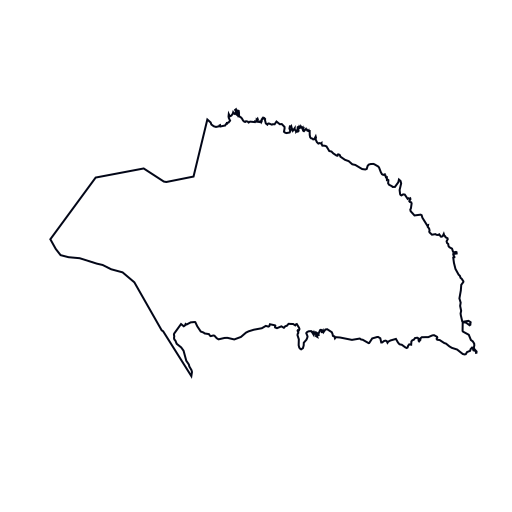 outline of Djando, Moûhîlî, Comoros, rotated 346°
{"feature_id": "10938185B42418571168375", "entity_name": "Djando", "entity_type": "district", "adm_level": 2, "iso_a3": "COM", "parent_name": "Comoros", "parent_adm1": "Moûhîlî", "projection": "equal_earth", "projection_center": [43.833, -12.356], "detail": "fine", "context": "isolated", "style": "outline", "palette": "ink", "viewbox_px": 512, "rotation_deg": 346, "n_neighbors": 0, "source": "geoboundaries", "source_scale": "gbopen_adm2", "svg_char_len": 6160}
<svg xmlns="http://www.w3.org/2000/svg" viewBox="0 0 512 512"><g transform="rotate(346 256 256)"><path d="M164.2,356.9L165.8,353.1L165.8,351.2L164.6,347.1L164.6,345.1L163.0,340.7L162.8,330.4L161.3,326.6L157.8,322.0L157.3,318.6L156.6,317.3L156.6,315.8L157.3,314.0L157.3,312.6L157.8,311.5L166.8,303.9L168.9,306.7L170.4,306.1L171.3,304.9L172.1,305.7L176.6,304.6L180.4,305.2L181.1,305.5L182.0,310.0L184.1,315.9L186.6,317.6L187.4,318.7L191.4,320.4L192.1,322.2L192.7,322.8L195.4,322.8L196.4,323.3L198.0,326.3L199.5,327.8L205.7,327.9L208.5,328.5L214.7,331.7L221.8,330.9L227.8,327.9L230.6,327.3L236.1,327.0L244.2,327.5L248.6,326.2L250.9,327.5L251.9,327.3L253.0,325.6L257.7,327.9L257.9,328.3L257.2,329.6L257.3,330.0L258.9,331.1L263.6,330.4L265.7,332.4L267.5,331.2L269.0,331.2L271.2,329.7L275.6,331.0L277.3,332.8L278.2,332.0L279.1,331.9L280.4,336.0L280.5,337.4L279.6,338.6L278.7,338.1L278.3,338.5L278.5,340.8L277.5,341.8L277.1,342.9L277.4,347.2L275.8,352.9L275.8,355.3L276.3,356.5L277.2,357.5L279.2,356.8L280.6,354.4L281.4,351.7L284.7,349.4L285.9,347.8L286.5,346.7L286.5,345.8L286.1,343.0L287.3,342.1L288.9,341.8L291.3,342.2L292.0,343.8L292.5,343.3L293.0,343.7L292.6,345.6L292.9,346.5L294.0,344.3L294.3,345.3L295.1,344.8L295.3,347.0L294.9,348.3L295.9,349.3L295.9,346.5L296.4,345.3L296.9,345.8L297.3,347.8L297.7,347.8L297.7,346.1L298.2,346.1L300.3,343.4L301.1,343.3L301.6,343.7L301.4,345.8L301.8,345.9L303.0,344.6L303.1,346.2L305.6,344.1L307.4,344.3L311.1,348.3L311.4,350.3L311.3,352.1L312.6,352.9L312.7,355.0L313.9,354.1L317.8,355.4L328.8,360.6L336.7,361.2L337.7,362.4L339.3,363.1L344.2,367.8L344.8,367.8L348.8,364.1L354.0,363.9L354.9,364.1L356.7,365.9L356.6,370.2L357.5,370.4L359.8,369.4L361.3,369.5L362.2,370.2L362.6,372.0L363.6,371.1L366.0,370.5L371.7,370.3L372.8,374.2L373.6,375.9L374.1,376.5L376.0,377.4L378.8,380.8L379.9,381.7L380.9,381.5L381.9,379.9L383.3,378.8L385.1,379.6L386.1,376.5L387.3,375.6L388.9,375.4L390.4,374.1L392.7,374.3L393.3,374.8L393.6,375.5L393.3,377.7L393.6,378.3L395.1,377.2L394.6,376.6L394.7,376.1L397.3,374.9L403.5,376.4L407.9,375.7L409.6,375.9L412.1,378.2L412.2,378.9L411.2,380.1L411.6,381.1L413.9,382.0L417.6,386.0L419.2,387.0L421.7,390.4L423.8,392.5L428.5,395.4L432.9,401.1L434.6,402.0L435.8,402.0L437.5,400.3L440.8,399.8L441.7,398.3L443.5,397.1L444.6,398.1L444.0,399.3L444.2,400.2L445.7,400.9L446.2,402.1L446.1,403.2L446.5,403.2L446.9,402.0L445.3,399.1L445.3,397.4L446.2,395.6L446.5,393.8L445.7,391.3L444.2,389.5L443.4,383.9L438.6,379.5L438.3,378.7L440.4,370.8L441.9,370.7L443.7,371.5L446.5,374.9L447.4,374.5L447.5,373.4L448.1,372.8L448.2,372.1L446.4,370.3L440.9,369.9L440.3,369.3L440.4,363.0L440.6,361.3L441.8,358.8L442.0,353.8L443.3,350.8L443.1,346.4L446.4,339.0L448.2,333.6L450.8,331.5L451.1,330.8L450.1,327.9L449.2,326.7L449.0,324.5L448.1,323.2L446.4,316.8L446.4,310.6L447.0,305.2L448.2,305.2L448.3,304.8L447.7,302.5L447.9,301.8L451.3,302.1L451.5,300.8L451.0,300.4L449.5,300.4L448.2,299.6L448.0,296.3L445.8,294.3L445.2,293.0L445.4,290.8L444.5,289.5L444.5,287.8L446.1,286.1L446.1,285.1L444.5,283.7L444.3,282.5L443.6,281.8L443.5,280.0L442.1,281.7L440.9,282.2L440.0,281.9L439.0,279.3L437.8,279.7L436.1,279.0L435.4,278.2L431.9,277.9L430.1,275.1L430.0,274.3L430.6,273.1L430.6,271.2L429.7,269.3L430.4,267.7L429.5,267.8L426.7,259.1L426.6,256.5L425.7,255.7L419.6,255.0L416.9,250.0L416.9,248.4L417.9,247.1L419.7,242.7L419.6,241.5L418.3,240.7L418.0,239.8L419.6,238.2L419.6,237.5L419.1,237.7L418.2,236.9L417.0,237.3L415.2,232.4L413.7,231.8L411.8,232.4L411.1,231.8L410.8,230.8L411.3,226.7L414.4,220.7L414.4,218.2L413.2,216.4L411.9,218.9L407.5,222.6L405.2,222.0L404.8,221.2L402.3,219.0L401.8,217.4L402.8,214.4L402.0,213.4L401.5,213.6L402.0,211.2L401.1,211.1L401.1,209.2L400.7,209.0L400.7,207.9L399.1,208.1L398.0,207.1L397.4,204.9L396.8,199.9L396.2,198.7L393.3,195.9L392.3,195.1L389.6,194.5L387.5,194.6L386.1,195.6L384.5,198.3L383.0,198.5L380.0,197.3L374.4,191.7L371.6,190.3L368.9,186.4L365.6,184.2L361.9,180.0L361.8,178.5L360.8,177.4L360.0,177.3L359.3,178.4L358.4,178.0L355.7,175.0L354.5,172.9L352.5,171.9L350.9,166.7L349.3,165.6L347.1,165.0L346.7,163.0L346.9,162.2L346.2,162.5L344.9,161.8L343.7,162.0L342.6,160.2L342.0,156.8L342.8,155.8L342.8,154.5L341.5,156.0L341.5,156.9L339.7,156.7L339.2,155.8L337.9,155.1L337.3,153.9L337.4,151.5L338.3,147.7L337.5,147.5L337.5,146.9L336.9,147.3L336.1,146.7L336.0,145.7L335.3,145.4L335.2,144.8L332.7,146.5L332.3,146.2L332.0,145.5L332.9,143.6L332.1,143.7L332.4,142.4L331.5,142.7L330.9,141.2L330.4,142.2L329.7,142.2L329.4,141.4L329.0,142.4L328.7,142.4L328.8,140.8L327.7,141.1L327.2,142.5L327.2,143.4L327.7,144.1L327.6,144.9L326.8,145.4L325.9,145.3L325.6,144.7L325.0,145.1L325.2,143.9L324.7,143.9L324.1,142.4L324.4,141.4L322.0,143.4L321.8,141.9L320.9,142.0L320.9,141.6L321.6,140.9L321.6,138.4L320.8,138.9L320.2,138.5L319.3,140.3L319.5,143.1L318.5,144.3L315.3,144.1L314.1,143.4L313.2,142.2L314.6,139.1L314.9,137.6L312.9,134.2L311.0,133.9L308.4,130.5L305.9,132.7L304.2,132.2L303.2,132.4L300.5,130.5L299.7,130.5L298.8,131.3L297.6,129.7L297.6,126.4L298.0,125.2L297.4,124.2L296.8,124.4L296.3,123.5L295.3,124.2L295.1,124.9L294.5,125.0L294.1,126.7L293.4,127.5L293.1,126.3L292.7,126.2L291.9,126.9L290.2,126.2L290.2,125.3L290.8,124.3L290.7,123.2L289.8,123.9L289.5,125.3L289.3,124.6L288.9,125.7L287.6,125.1L287.3,125.8L282.8,124.2L281.1,124.7L280.5,123.6L278.9,122.8L278.0,123.3L277.2,122.9L276.2,121.4L275.6,119.1L274.7,117.6L273.5,116.6L273.6,115.6L272.6,116.0L272.4,115.2L274.1,113.3L274.3,111.0L273.8,110.7L273.3,112.7L272.2,114.5L271.8,114.6L271.1,113.7L271.5,112.0L272.3,111.1L272.5,110.3L272.0,110.0L272.0,108.8L271.1,109.2L271.4,110.5L271.3,111.6L269.6,112.9L269.0,112.4L268.6,111.1L267.9,112.3L266.1,113.8L264.4,114.2L263.9,111.8L263.1,114.0L263.0,115.4L263.6,118.4L261.6,119.9L260.0,119.8L259.8,120.7L258.7,120.8L257.7,121.9L252.6,121.7L252.3,121.4L252.6,120.4L252.1,120.5L251.7,121.2L248.4,121.1L246.4,119.9L244.5,117.6L244.3,115.5L241.8,111.8L214.6,163.8L186.9,162.5L184.6,161.5L168.2,143.9L119.4,141.1L60.5,190.0L63.4,200.7L66.6,207.9L73.8,211.8L84.4,215.5L99.7,224.9L105.0,227.6L112.2,233.8L122.6,239.6L131.6,252.1L146.5,305.3L147.7,306.6L164.2,356.9Z" fill="none" stroke="#020617" stroke-width="2"/></g></svg>